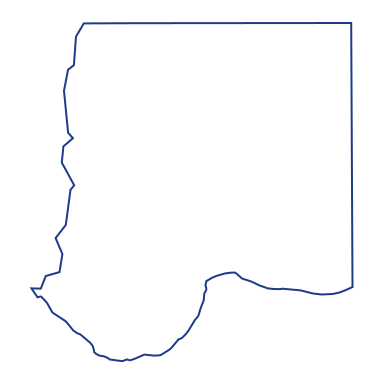 Bon Homme, South Dakota, United States of America (Mercator projection)
{"feature_id": "52423323B58231594942255", "entity_name": "Bon Homme", "entity_type": "district", "adm_level": 2, "iso_a3": "USA", "parent_name": "United States of America", "parent_adm1": "South Dakota", "projection": "mercator", "projection_center": [-97.963, 42.966], "detail": "fine", "context": "isolated", "style": "outline", "palette": "blue", "viewbox_px": 384, "rotation_deg": 0, "n_neighbors": 0, "source": "geoboundaries", "source_scale": "gbopen_adm2", "svg_char_len": 1163}
<svg xmlns="http://www.w3.org/2000/svg" viewBox="0 0 384 384"><path d="M83.8,23.4L76.0,36.6L73.9,65.1L68.0,69.8L64.0,90.8L68.1,132.7L72.9,138.2L63.4,146.4L61.8,162.6L74.2,185.3L70.5,189.8L65.8,224.9L55.6,238.1L62.4,254.1L59.5,272.1L45.8,276.0L40.8,288.6L31.5,288.4L37.5,297.3L40.6,296.5L41.3,296.7L46.8,302.6L52.2,312.1L53.1,313.0L65.2,320.9L67.0,322.7L73.1,330.3L77.2,333.2L80.3,334.4L89.7,342.3L92.4,345.4L93.4,348.0L94.3,352.3L96.2,353.9L99.3,355.6L103.5,356.2L105.1,356.8L108.1,358.1L109.4,359.4L120.2,360.9L122.7,361.0L127.2,359.4L129.1,360.2L130.5,360.2L135.2,358.6L144.3,354.6L153.8,355.6L159.0,355.4L161.0,354.9L169.2,349.8L171.5,347.8L178.5,339.4L181.8,338.1L186.0,333.9L188.5,330.6L194.9,320.0L197.4,317.2L198.5,315.4L200.7,308.0L203.7,300.4L204.3,293.5L206.2,290.1L206.3,288.0L205.6,286.0L205.5,284.6L206.5,281.0L212.4,277.6L217.1,275.7L224.8,273.5L231.5,272.6L235.0,272.6L236.6,273.7L242.0,278.5L249.4,280.9L251.5,281.6L259.4,285.4L267.9,288.4L273.8,289.0L280.4,289.1L282.5,288.7L300.7,290.4L312.5,293.4L321.4,294.5L332.5,294.0L338.8,292.7L345.6,290.2L352.5,287.0L351.2,23.0L136.1,23.2L83.8,23.4Z" fill="none" stroke="#1e3a8a" stroke-width="2"/></svg>